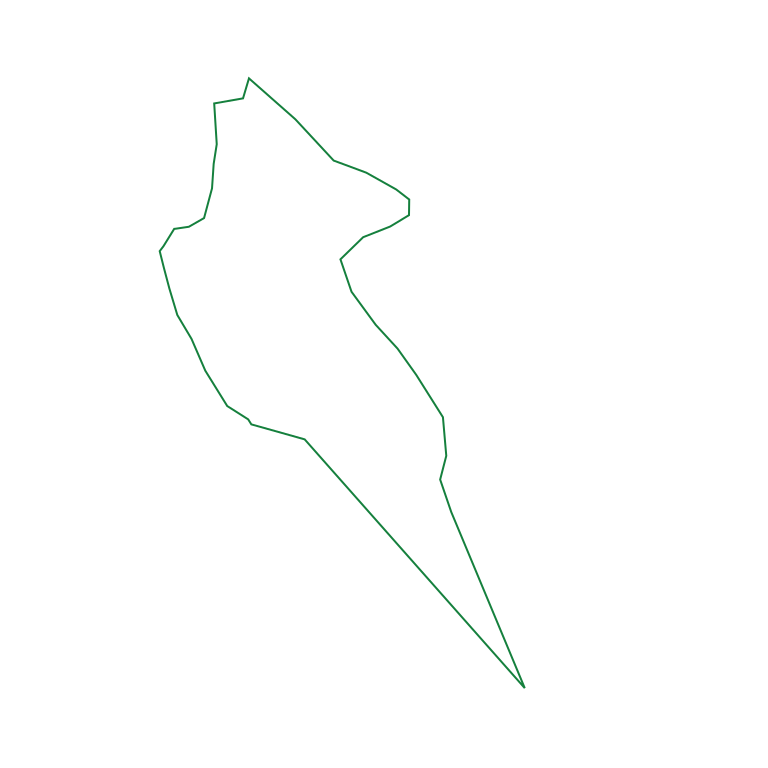 Gullspång, Västra Götaland, Sweden (Robinson projection), rotated 231°
{"feature_id": "70781695B77814656475649", "entity_name": "Gullspång", "entity_type": "district", "adm_level": 2, "iso_a3": "SWE", "parent_name": "Sweden", "parent_adm1": "Västra Götaland", "projection": "robinson", "projection_center": [14.167, 58.943], "detail": "fine", "context": "isolated", "style": "outline", "palette": "green", "viewbox_px": 768, "rotation_deg": 231, "n_neighbors": 0, "source": "geoboundaries", "source_scale": "gbopen_adm2", "svg_char_len": 644}
<svg xmlns="http://www.w3.org/2000/svg" viewBox="0 0 768 768"><g transform="rotate(231 384 384)"><path d="M59.1,302.0L242.2,355.7L274.4,367.5L289.0,387.2L321.1,408.9L370.8,414.8L403.0,416.8L435.2,414.8L476.1,416.8L508.3,428.6L511.2,460.2L502.5,487.9L499.5,509.7L511.5,519.7L527.5,515.9L559.4,503.2L589.3,485.5L645.5,481.7L706.5,471.4L694.7,454.2L708.9,428.6L675.6,404.9L662.3,390.2L644.3,373.5L626.2,348.6L629.0,331.3L635.8,319.8L636.6,318.6L629.9,299.4L628.4,293.3L612.7,286.0L593.3,277.3L567.7,266.8L540.2,262.8L506.8,253.5L465.5,248.3L442.0,256.2L436.1,255.5L390.9,287.5L59.1,302.0Z" fill="none" stroke="#15803d" stroke-width="2"/></g></svg>